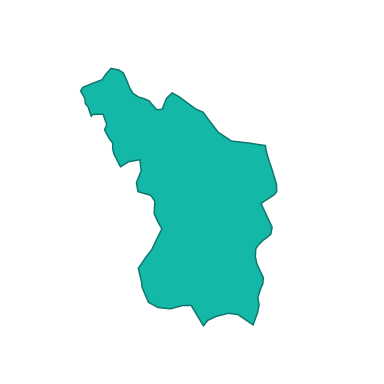 outline of Gapyeong-gun, Gyeonggi, South Korea, rotated 155°
{"feature_id": "91817680B96761005572442", "entity_name": "Gapyeong-gun", "entity_type": "district", "adm_level": 2, "iso_a3": "KOR", "parent_name": "South Korea", "parent_adm1": "Gyeonggi", "projection": "albers", "projection_center": [127.464, 37.798], "detail": "fine", "context": "isolated", "style": "filled", "palette": "teal", "viewbox_px": 384, "rotation_deg": 155, "n_neighbors": 0, "source": "geoboundaries", "source_scale": "gbopen_adm2", "svg_char_len": 1304}
<svg xmlns="http://www.w3.org/2000/svg" viewBox="0 0 384 384"><g transform="rotate(155 192 192)"><path d="M192.8,45.7L183.5,55.0L178.8,61.5L177.0,68.5L170.0,76.0L166.5,79.0L163.6,84.2L163.6,91.2L163.6,99.4L161.8,107.0L158.3,113.4L154.8,115.7L148.4,118.1L143.1,119.2L138.4,120.4L134.3,126.2L134.3,152.5L118.5,154.8L115.0,156.6L112.1,163.6L109.7,180.6L109.1,187.0L107.9,195.2L106.1,202.8L105.9,203.1L119.6,212.2L134.8,221.6L143.0,235.1L147.0,253.2L148.2,259.7L153.5,265.5L161.6,280.4L163.4,283.7L168.1,290.2L175.2,287.8L179.8,283.7L184.0,279.6L189.2,281.4L191.6,289.6L192.2,292.5L196.3,297.2L200.4,300.7L203.9,306.6L204.5,313.6L203.9,321.3L203.9,328.9L206.8,333.6L213.3,338.3L220.9,334.8L226.2,331.8L234.4,332.4L246.7,333.0L250.3,330.6L249.7,324.8L249.7,321.3L251.4,317.1L250.2,313.6L251.3,303.4L249.1,304.2L239.7,300.1L240.8,289.0L244.9,285.5L244.9,282.0L244.3,274.9L243.2,269.6L245.5,265.0L246.7,259.7L246.2,245.1L236.7,246.2L225.6,243.3L229.1,232.7L238.4,224.0L240.8,215.2L230.8,206.4L229.6,199.4L235.5,188.2L235.5,179.5L234.9,171.3L246.0,162.5L253.0,156.6L261.2,152.5L272.9,145.5L275.8,131.5L277.5,126.8L278.1,110.4L271.6,101.7L261.1,95.3L248.3,93.0L240.7,89.5L238.2,65.9L231.9,69.0L222.5,69.0L210.3,66.7L202.1,61.5L198.6,55.6L192.8,45.7Z" fill="#14b8a6" stroke="#0f766e" stroke-width="1.5"/></g></svg>